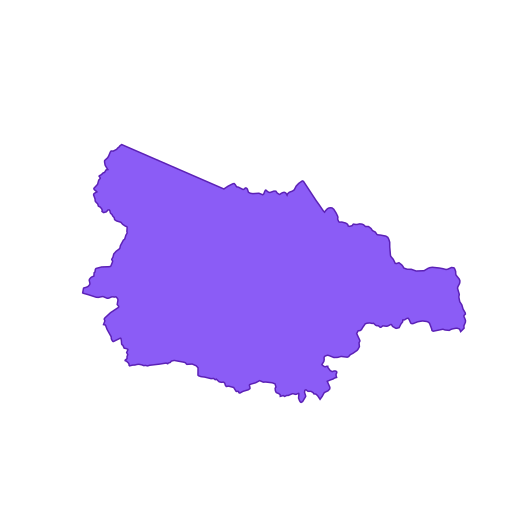 Minh Hoa, Quảng Bình, Vietnam, rotated 153°
{"feature_id": "81297802B57556187754980", "entity_name": "Minh Hoa", "entity_type": "district", "adm_level": 2, "iso_a3": "VNM", "parent_name": "Vietnam", "parent_adm1": "Quảng Bình", "projection": "mercator", "projection_center": [105.906, 17.733], "detail": "fine", "context": "isolated", "style": "filled", "palette": "violet", "viewbox_px": 512, "rotation_deg": 153, "n_neighbors": 0, "source": "geoboundaries", "source_scale": "gbopen_adm2", "svg_char_len": 6138}
<svg xmlns="http://www.w3.org/2000/svg" viewBox="0 0 512 512"><g transform="rotate(153 256 256)"><path d="M423.0,264.1L421.5,262.8L422.0,258.3L421.7,249.7L422.3,248.5L422.6,247.1L422.4,245.1L422.1,244.6L421.4,244.5L414.2,244.4L413.8,243.9L414.4,241.7L415.7,238.6L415.7,237.9L415.2,236.9L415.3,233.7L413.6,232.4L412.6,231.1L412.7,230.6L415.1,228.7L415.0,226.6L415.4,226.0L416.6,224.9L417.4,223.3L417.8,223.0L419.7,222.7L420.1,222.2L419.1,220.9L418.3,218.7L418.2,217.3L418.7,216.4L418.5,215.5L415.5,214.8L413.3,213.8L411.3,213.4L409.5,212.7L407.1,210.8L405.7,209.2L404.3,208.8L402.5,207.3L400.3,206.9L391.4,203.6L384.7,201.4L383.6,200.1L383.2,200.4L382.5,200.4L380.7,200.1L379.2,200.8L376.3,200.1L368.6,194.2L367.3,192.9L367.0,191.2L366.7,190.8L361.9,188.7L359.1,185.3L358.4,182.7L361.8,176.2L361.5,175.3L359.8,173.5L356.8,171.5L351.7,167.1L349.3,166.1L348.5,164.3L347.3,164.3L345.9,160.6L344.1,159.1L342.4,158.5L342.0,158.0L341.6,156.9L342.0,154.5L341.7,153.2L339.5,152.5L335.6,149.0L335.2,144.6L334.7,144.0L333.4,143.6L333.1,143.0L333.3,142.0L333.0,141.5L332.4,141.2L329.0,141.3L323.6,140.3L321.6,140.6L321.0,141.9L320.6,143.8L320.1,144.3L318.3,144.1L313.8,143.2L309.3,143.3L306.8,140.3L304.7,139.4L299.0,135.6L297.1,133.4L297.7,130.2L299.0,129.5L299.9,127.2L300.0,125.5L299.8,124.9L298.4,123.3L297.4,121.6L298.1,119.9L295.1,119.3L294.3,117.9L291.9,117.8L290.6,117.1L286.1,116.8L285.0,116.1L283.8,114.9L282.8,114.5L280.6,114.4L280.3,114.1L280.6,113.3L282.6,110.1L282.9,107.2L282.7,105.7L282.3,105.1L280.7,105.1L280.1,105.4L275.5,108.3L275.2,109.1L274.7,112.4L273.5,114.1L272.7,114.2L272.2,114.1L271.1,111.8L268.5,110.5L267.1,108.3L267.1,107.0L265.3,105.7L264.5,103.5L264.0,99.2L260.7,100.9L257.7,103.0L256.6,103.3L253.0,103.2L250.6,104.1L249.8,105.5L249.4,112.0L245.9,111.8L243.1,111.4L241.5,111.6L239.3,111.2L239.0,112.9L238.4,114.2L237.7,114.9L237.1,115.2L236.7,116.0L236.7,116.6L237.7,117.7L238.7,118.1L240.6,118.4L241.9,120.2L242.6,124.3L242.1,125.1L242.9,125.6L244.7,125.9L245.6,126.8L246.5,128.8L246.5,129.4L243.5,131.2L242.3,132.7L241.5,134.6L240.8,135.2L239.6,135.5L237.3,135.1L236.1,134.1L232.7,130.2L229.3,128.6L225.8,127.9L220.6,124.4L219.2,124.3L216.7,125.3L213.8,125.3L208.8,126.0L207.6,126.5L205.0,128.3L203.6,131.9L202.2,132.9L201.8,133.6L201.5,141.2L199.1,142.9L198.6,142.9L197.3,142.3L195.5,142.5L193.7,143.7L189.4,146.0L187.5,145.7L185.0,144.7L183.2,143.2L181.8,142.7L180.8,140.0L180.2,139.2L178.6,138.3L177.7,136.1L177.0,135.8L174.7,136.2L171.7,134.2L170.5,133.8L167.0,133.8L166.6,133.6L166.4,133.3L166.3,131.3L164.3,128.2L163.5,127.7L161.0,127.2L157.9,129.5L155.2,130.8L154.3,132.3L154.0,132.4L153.1,131.8L152.5,131.7L150.0,131.9L148.7,131.5L148.4,130.0L148.6,126.1L148.3,125.4L147.7,124.9L146.9,124.5L141.9,124.0L139.5,123.3L137.1,122.5L133.7,120.2L132.8,119.3L131.9,117.4L132.6,111.2L133.0,110.0L132.8,109.2L132.1,108.5L122.7,105.9L121.2,104.3L117.6,102.0L115.6,102.1L113.8,101.8L110.5,100.8L109.4,100.2L107.8,98.5L108.0,95.7L103.4,97.2L102.5,99.4L99.6,101.8L98.7,103.2L98.4,104.7L98.2,107.8L97.6,108.6L95.8,109.2L95.4,110.3L95.6,114.8L94.8,118.9L95.2,122.8L93.9,127.4L92.3,129.5L91.1,135.7L90.3,136.8L87.2,139.0L86.2,140.2L85.5,141.6L85.4,143.3L86.4,148.0L86.3,149.0L85.1,151.7L84.8,154.2L85.0,155.6L87.0,157.0L91.3,157.2L92.8,157.7L95.4,160.0L98.3,162.2L104.0,165.9L106.4,166.7L108.2,166.9L112.9,166.6L120.1,169.9L123.6,173.6L127.2,175.5L128.7,177.0L129.8,178.3L129.8,180.0L130.2,182.0L131.7,185.1L134.2,185.5L135.3,186.2L135.2,190.7L136.1,194.6L135.8,195.8L132.8,203.2L130.6,207.6L130.1,210.5L130.1,212.8L131.3,214.8L135.4,218.0L137.9,219.6L138.5,220.3L138.8,223.1L140.7,225.8L141.0,228.3L142.4,231.2L145.1,232.6L146.0,235.0L147.1,236.3L149.1,237.6L151.6,238.2L153.3,239.1L154.5,240.1L154.9,240.2L156.6,239.4L159.1,239.9L160.2,240.8L160.0,242.5L160.5,243.7L161.3,244.8L164.1,247.3L166.4,248.3L166.7,249.3L166.6,250.8L166.5,251.8L165.5,253.2L165.2,254.3L165.1,257.8L165.5,262.3L166.4,264.3L167.6,265.1L169.2,265.7L170.9,265.7L173.7,264.7L175.0,263.9L175.5,265.3L176.5,273.1L177.3,278.2L179.8,300.9L180.2,301.5L180.7,301.9L185.0,301.3L188.4,300.1L191.9,297.6L194.1,297.3L197.4,297.7L199.6,297.1L200.7,296.1L200.8,298.3L201.3,299.3L202.0,300.0L203.2,300.3L204.8,300.4L206.9,300.1L207.2,300.2L208.5,302.4L208.9,304.8L210.6,305.7L214.5,306.2L215.5,306.7L216.3,307.9L217.3,310.3L217.8,310.3L219.0,309.5L220.9,307.8L222.2,307.5L224.9,310.6L230.5,313.0L232.5,314.4L233.8,316.2L233.3,319.6L233.6,320.6L234.1,321.3L235.0,321.4L235.8,321.0L237.3,321.1L240.4,325.3L241.9,326.5L242.1,329.0L242.5,330.4L243.3,330.8L244.7,330.9L249.2,330.9L254.2,330.3L325.1,416.3L327.4,415.9L328.5,415.3L330.2,415.0L331.8,414.3L335.7,414.3L337.1,415.2L337.6,415.3L338.7,414.7L342.0,411.9L343.6,410.9L347.5,409.8L348.2,408.7L349.1,405.8L349.2,404.9L348.8,400.3L350.4,400.8L353.1,399.2L354.3,399.5L356.9,398.7L359.3,398.6L359.6,398.3L359.3,396.4L359.5,395.9L361.7,395.0L364.6,391.8L369.7,389.9L370.0,389.3L369.9,388.3L368.6,385.6L368.7,385.3L369.9,385.4L372.1,385.1L373.0,384.2L373.5,380.0L374.3,378.0L374.3,377.2L373.4,374.2L373.8,372.0L372.6,370.3L372.1,368.1L372.2,366.7L373.0,365.7L372.2,364.0L371.9,363.8L369.3,363.3L367.0,364.2L366.0,363.9L365.7,363.5L365.7,362.4L366.2,360.6L366.0,359.6L365.5,358.5L365.5,356.6L364.9,354.5L365.4,353.0L365.3,352.2L364.3,350.5L361.1,347.4L360.4,344.7L358.9,342.0L357.8,340.8L357.8,340.0L359.9,336.5L360.2,335.3L360.6,334.8L362.5,333.6L365.4,330.6L366.9,330.4L372.1,326.8L373.7,324.8L374.5,324.4L378.5,323.7L381.8,322.4L384.1,319.8L386.0,318.6L386.2,318.2L386.0,316.8L386.4,316.0L389.7,313.1L390.5,312.8L391.8,313.2L398.5,316.3L404.1,317.5L404.8,317.3L405.3,316.9L406.7,314.9L407.8,314.6L409.6,311.7L411.7,311.9L413.1,311.7L414.9,310.9L415.6,310.2L416.4,307.0L417.2,306.0L419.4,305.1L421.5,305.2L423.9,305.7L424.3,305.6L427.2,301.8L426.8,301.2L422.8,297.5L417.1,291.8L415.3,290.7L411.3,289.6L410.5,289.1L407.8,285.9L406.4,285.3L403.1,285.1L401.8,284.5L401.1,283.8L399.4,283.3L398.8,281.7L398.7,280.4L399.0,279.4L401.7,275.8L401.2,273.6L401.5,272.9L402.2,272.6L411.2,271.6L418.6,269.5L419.6,269.0L420.0,268.4L420.0,267.2L420.3,266.6L423.0,264.1Z" fill="#8b5cf6" stroke="#5b21b6" stroke-width="1.5"/></g></svg>